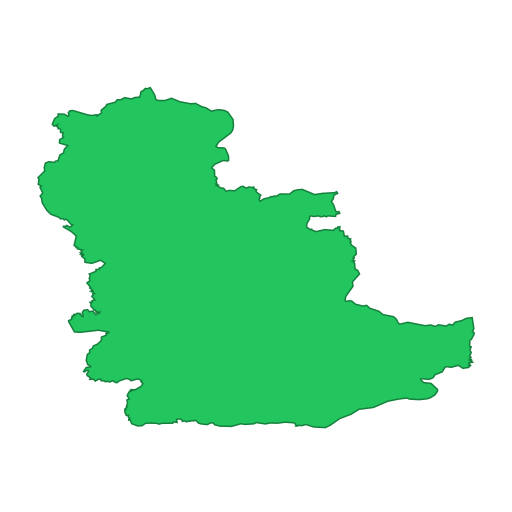 Wonogiri, Jawa Tengah, Indonesia, rotated 265°
{"feature_id": "22746128B32217084331074", "entity_name": "Wonogiri", "entity_type": "district", "adm_level": 2, "iso_a3": "IDN", "parent_name": "Indonesia", "parent_adm1": "Jawa Tengah", "projection": "equal_earth", "projection_center": [111.032, -7.962], "detail": "fine", "context": "isolated", "style": "filled", "palette": "green", "viewbox_px": 512, "rotation_deg": 265, "n_neighbors": 0, "source": "geoboundaries", "source_scale": "gbopen_adm2", "svg_char_len": 5944}
<svg xmlns="http://www.w3.org/2000/svg" viewBox="0 0 512 512"><g transform="rotate(265 256 256)"><path d="M126.4,458.0L128.1,460.0L128.5,458.7L129.3,459.6L130.3,458.6L131.1,459.1L131.2,462.0L132.1,460.9L132.5,461.9L133.8,459.6L134.2,461.3L135.4,460.2L136.4,461.3L137.5,459.9L141.1,462.0L143.5,460.9L146.8,462.4L146.8,461.3L147.8,461.0L153.3,461.7L154.2,463.3L159.2,466.5L160.7,466.5L161.6,464.9L164.6,466.7L175.8,466.0L175.5,459.9L173.7,455.2L172.7,448.5L170.0,445.9L171.2,442.6L169.6,439.3L171.6,431.8L170.2,428.6L172.1,423.8L171.8,418.4L176.7,401.5L175.6,393.7L176.5,392.0L180.9,390.3L183.6,387.6L186.6,377.3L190.2,373.7L194.0,364.8L197.2,361.9L196.8,358.2L199.3,350.9L202.7,347.5L203.3,345.3L202.9,342.0L203.7,340.8L207.9,341.9L217.4,350.0L221.8,349.8L229.1,357.6L232.9,356.0L234.4,353.6L240.0,353.6L241.2,352.6L242.4,353.8L242.7,352.0L243.1,353.0L244.8,352.5L245.5,353.8L246.6,353.0L249.1,356.1L255.2,356.1L258.4,352.2L261.4,351.0L262.1,352.0L263.9,351.0L264.7,351.8L266.0,348.7L267.9,349.0L267.9,345.8L273.2,345.2L274.0,341.5L277.9,342.1L277.7,339.9L276.5,339.7L276.8,338.0L274.8,335.1L276.3,327.0L275.1,318.1L276.3,315.0L277.8,313.8L277.3,313.0L280.0,309.3L281.2,309.0L283.8,309.5L288.4,312.7L290.2,312.7L291.2,314.2L290.3,317.1L290.5,322.0L289.5,323.4L289.5,326.4L290.2,327.2L288.9,329.4L289.7,331.1L288.5,338.7L290.5,339.3L291.2,343.1L293.1,342.5L292.7,340.5L293.9,339.2L299.5,338.0L303.8,335.9L306.1,337.9L309.7,338.9L311.3,342.8L313.0,342.0L312.2,339.6L312.6,328.1L312.1,319.7L318.3,308.0L318.3,303.5L317.7,299.2L314.7,294.8L315.7,285.4L313.6,281.1L314.3,279.3L313.5,277.4L313.9,276.0L312.9,274.2L312.3,269.0L310.2,264.9L311.9,263.9L313.3,265.0L314.5,264.5L316.2,266.1L319.2,262.4L320.8,261.5L321.9,262.4L323.2,260.0L325.0,259.7L324.5,258.7L325.4,254.8L324.4,252.1L326.6,249.2L326.2,246.6L322.8,240.5L323.7,235.0L323.1,231.8L326.3,229.7L326.9,226.7L329.0,223.9L329.6,224.6L330.0,222.7L330.7,223.7L331.5,222.4L332.5,223.3L335.1,222.7L336.2,224.0L337.7,223.6L339.0,221.8L345.2,222.1L347.2,219.8L348.1,219.8L350.9,222.8L354.0,231.6L353.1,236.1L353.7,237.1L358.2,237.3L365.3,234.9L366.4,233.6L367.2,227.4L368.6,225.7L372.8,228.8L380.6,241.4L383.4,243.7L387.3,244.9L394.0,245.0L401.6,240.6L403.7,237.4L404.6,233.7L405.0,230.3L404.2,224.2L408.0,219.0L409.5,214.9L413.3,209.0L413.3,204.4L416.3,193.6L420.5,185.6L418.8,178.8L419.5,171.7L420.7,169.9L425.6,169.0L433.0,165.3L432.1,162.1L432.6,160.3L430.4,157.7L429.9,155.8L424.5,154.1L424.4,148.7L423.3,145.8L425.2,138.9L423.4,134.7L423.8,131.4L421.4,129.1L420.0,120.5L418.3,119.6L414.6,114.4L411.9,114.5L410.1,110.8L410.5,109.6L408.8,110.2L410.5,108.6L410.3,104.5L411.3,100.6L416.9,86.2L416.9,83.3L415.2,81.5L412.2,81.9L411.6,80.9L414.1,77.2L414.7,71.2L412.7,71.3L410.4,67.4L405.0,64.5L402.9,66.2L404.1,69.7L402.6,68.6L401.7,69.8L399.9,70.1L400.2,71.6L399.1,72.3L396.1,72.1L395.6,74.5L392.4,73.7L390.9,74.6L389.0,70.5L385.6,70.1L382.5,78.2L379.0,74.3L375.5,73.3L373.8,69.5L368.1,67.0L368.0,64.6L366.8,63.2L368.0,58.1L367.0,54.4L362.8,52.8L359.1,52.9L353.0,45.6L351.2,46.5L346.4,45.3L344.3,48.4L343.3,46.8L337.4,49.0L334.5,46.2L332.0,47.5L327.8,47.6L319.9,51.5L315.4,55.3L311.7,63.1L310.0,64.5L310.1,66.9L308.6,68.2L309.2,69.6L308.7,70.8L303.6,74.5L303.0,76.1L300.8,73.5L303.0,70.1L302.1,68.8L302.4,66.8L301.8,66.6L296.5,74.1L291.6,78.7L282.4,75.7L280.6,78.1L280.0,77.6L279.5,79.1L278.6,78.9L277.6,82.1L276.9,82.2L277.0,83.5L276.0,82.3L274.1,83.2L274.3,81.8L273.7,82.5L273.1,81.5L272.6,83.3L272.0,82.2L271.2,82.5L271.4,83.7L270.4,82.7L268.2,85.2L264.6,85.1L263.0,91.9L265.3,100.9L261.7,105.2L258.1,101.1L257.8,99.0L256.5,98.9L256.5,95.4L254.7,95.3L252.6,88.3L250.4,89.2L248.5,87.9L245.9,88.4L243.9,85.2L239.1,88.6L238.6,87.6L236.5,89.9L235.6,88.6L235.6,89.7L234.8,89.3L235.0,90.5L233.5,90.3L232.7,91.8L232.2,90.1L231.3,90.4L230.2,88.9L226.3,91.7L225.9,88.8L224.4,88.9L224.4,86.6L222.6,87.6L220.6,87.1L216.2,90.2L216.1,91.4L214.7,91.7L214.2,93.3L213.6,92.3L213.0,93.5L213.6,95.5L213.1,95.2L211.4,91.3L215.3,88.8L215.1,84.9L217.1,83.7L217.0,79.8L215.0,78.1L210.8,78.5L211.3,77.0L213.9,76.0L213.6,75.1L214.3,74.8L214.5,72.7L213.6,71.7L213.6,69.4L212.5,69.9L212.1,67.6L211.2,68.1L210.7,67.0L208.9,66.8L208.0,63.7L207.1,63.6L196.2,68.5L195.3,74.6L195.8,92.5L193.0,102.8L192.2,102.3L191.9,99.8L190.2,100.1L188.7,94.9L185.1,94.5L181.9,90.1L180.6,86.2L178.1,84.8L176.8,82.0L174.1,81.9L172.8,79.5L167.0,77.8L162.5,78.9L160.8,81.5L160.0,81.6L159.7,77.1L156.0,74.1L155.5,74.9L156.9,77.7L156.7,78.8L155.6,79.1L153.0,77.0L151.5,77.5L149.0,80.6L147.6,79.7L147.5,83.2L145.4,85.0L146.7,87.7L146.9,90.7L145.2,90.9L144.8,94.3L143.9,94.8L144.0,97.5L143.2,99.2L144.2,102.7L142.4,104.6L141.9,106.5L143.5,108.9L145.3,116.2L143.8,119.9L142.6,120.6L143.7,126.5L143.4,129.0L141.3,131.3L140.7,130.5L138.8,132.2L136.2,130.3L133.3,124.0L133.8,119.8L133.2,119.1L132.6,120.5L131.6,117.6L128.3,115.5L124.6,117.2L123.9,114.9L120.1,115.1L117.7,113.8L116.9,114.5L115.1,112.2L114.5,113.1L113.9,111.9L111.7,111.8L108.5,112.9L108.5,115.1L107.0,114.6L105.3,116.1L104.9,115.1L103.6,114.9L103.7,116.3L99.8,117.5L97.0,123.4L96.9,127.8L98.8,131.0L99.0,133.0L98.1,142.0L97.0,144.7L97.5,147.7L96.7,158.6L98.0,159.3L97.1,162.9L100.2,162.6L100.4,165.8L99.1,168.1L97.7,168.2L97.9,170.7L96.8,172.5L97.6,175.3L97.0,175.9L97.7,177.8L97.0,179.6L97.7,180.4L97.3,182.0L94.5,184.2L93.5,186.7L92.3,192.6L93.8,197.0L93.3,198.8L91.5,200.1L89.6,205.5L88.4,216.8L90.2,226.4L89.2,230.2L89.0,239.2L90.0,241.8L87.9,250.7L88.4,255.7L87.6,262.9L87.9,270.8L86.4,279.7L84.0,281.2L83.2,280.7L83.0,282.6L83.7,283.2L83.0,286.6L83.8,291.1L80.7,298.5L79.0,309.9L81.0,315.3L86.8,325.3L90.1,337.0L94.3,345.2L94.9,359.8L99.8,374.4L101.0,384.9L101.4,394.0L100.1,396.4L98.7,405.9L98.8,413.7L99.6,417.3L102.1,422.2L105.4,425.0L107.3,425.2L113.8,419.3L115.3,411.9L118.5,409.2L119.4,409.8L118.0,417.7L119.3,421.8L122.2,424.1L124.3,431.3L128.5,434.5L129.2,436.3L128.1,440.6L129.4,448.2L126.1,452.3L126.4,458.0Z" fill="#22c55e" stroke="#15803d" stroke-width="1.5"/></g></svg>